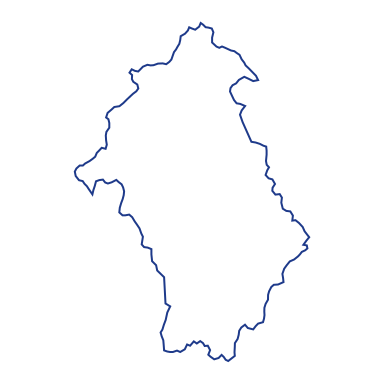 Amparo, São Paulo, Brazil (Robinson projection)
{"feature_id": "56859067B40101041849394", "entity_name": "Amparo", "entity_type": "district", "adm_level": 2, "iso_a3": "BRA", "parent_name": "Brazil", "parent_adm1": "São Paulo", "projection": "robinson", "projection_center": [-46.803, -22.697], "detail": "fine", "context": "isolated", "style": "outline", "palette": "blue", "viewbox_px": 384, "rotation_deg": 0, "n_neighbors": 0, "source": "geoboundaries", "source_scale": "gbopen_adm2", "svg_char_len": 3039}
<svg xmlns="http://www.w3.org/2000/svg" viewBox="0 0 384 384"><path d="M266.2,146.6L263.4,145.7L259.9,143.9L255.6,142.5L251.4,141.8L242.6,122.1L240.0,114.7L241.7,110.4L245.1,106.0L240.2,103.9L236.6,103.3L234.0,100.0L232.1,96.0L230.0,91.5L230.5,88.1L232.6,85.2L236.1,83.4L238.9,79.9L244.3,76.8L248.6,78.8L253.2,81.1L258.1,80.1L256.0,75.8L248.8,68.4L245.6,65.4L244.2,62.6L241.7,59.4L239.5,54.8L236.6,52.9L234.4,51.2L231.0,50.5L228.2,49.2L224.7,47.6L222.0,46.5L219.3,47.8L216.5,46.6L212.1,42.5L212.1,37.6L213.4,32.3L211.8,28.5L208.4,27.6L205.6,27.2L203.1,24.7L200.7,23.0L199.2,26.6L195.2,29.7L191.9,28.5L189.2,27.3L187.9,30.5L185.0,33.7L180.7,36.2L180.2,40.2L179.3,43.9L177.6,46.6L176.0,49.5L174.0,52.1L171.4,59.5L169.3,61.9L166.2,64.2L162.7,63.4L158.0,63.6L153.5,65.2L150.6,65.4L147.4,64.8L142.9,66.7L140.3,69.4L138.2,71.5L135.0,70.9L131.7,69.3L129.5,72.7L132.1,75.0L131.9,79.1L133.3,81.8L137.3,84.5L138.3,88.5L136.3,91.3L133.1,93.7L130.4,96.2L127.2,99.2L123.3,103.1L119.4,106.2L114.3,107.0L111.5,109.6L107.6,112.9L106.1,117.5L108.4,119.2L109.3,123.0L109.3,127.7L106.4,131.9L105.8,135.5L106.1,140.4L106.8,144.7L105.6,148.8L101.7,147.8L98.9,150.8L96.8,152.9L95.2,156.7L92.7,158.8L89.5,161.1L85.1,163.5L82.9,165.5L79.7,165.5L76.4,168.5L74.8,171.6L75.7,176.0L79.0,180.2L82.7,181.1L84.5,183.8L86.9,186.2L88.9,189.3L92.4,194.4L93.4,190.1L94.8,185.9L96.0,181.3L99.3,180.1L102.9,179.6L105.2,182.5L107.9,183.5L111.7,182.3L116.3,179.9L118.7,182.1L121.6,184.3L123.1,187.4L124.1,191.3L123.7,195.2L122.7,199.0L121.2,203.0L119.8,207.7L119.3,212.4L122.5,215.3L125.4,215.3L129.2,214.6L132.2,217.2L134.7,221.4L136.9,224.5L139.5,228.4L141.3,233.5L142.9,236.7L141.7,244.4L144.1,247.1L147.7,247.6L151.4,249.1L151.4,254.4L152.1,261.2L156.1,265.2L157.2,270.5L164.1,277.2L165.5,303.5L170.2,306.4L167.3,312.5L165.7,319.9L163.9,324.7L162.4,329.6L160.6,332.5L161.7,336.3L163.3,340.3L163.7,345.0L164.1,350.4L167.2,351.5L170.1,352.0L172.9,352.0L177.0,350.6L180.2,352.0L184.8,349.3L187.1,344.5L190.1,345.7L193.8,341.4L196.8,343.5L200.2,341.1L203.0,343.1L204.7,346.0L207.8,345.7L210.1,350.1L208.3,354.7L210.4,356.6L214.2,359.3L218.6,358.0L221.6,354.9L223.7,356.9L225.7,359.8L228.2,361.0L231.7,358.3L234.8,355.9L234.5,352.3L234.8,346.5L234.9,343.1L237.6,339.0L238.7,334.8L239.2,330.8L241.3,327.5L245.0,324.7L247.8,328.0L253.2,329.4L255.7,326.1L258.1,323.6L263.0,322.2L264.0,318.7L264.5,315.1L264.3,311.7L264.4,307.8L265.6,303.9L268.0,299.7L268.1,294.8L269.1,291.3L271.3,287.0L273.8,284.8L278.1,284.5L283.5,282.1L283.1,278.2L282.4,273.9L284.2,268.7L286.8,265.1L289.8,261.4L294.1,259.5L298.0,256.4L299.9,254.4L301.8,251.9L305.2,250.3L307.4,248.4L306.8,245.4L303.4,244.8L306.5,240.5L309.2,237.2L307.3,234.8L304.6,231.3L302.7,227.0L299.0,223.0L295.5,220.2L292.3,220.6L292.9,215.6L290.3,211.4L286.3,210.9L282.8,208.7L281.3,202.7L281.9,197.6L279.7,194.1L275.4,194.6L272.3,190.8L272.6,187.7L275.0,184.0L272.4,179.4L268.6,178.3L265.6,175.0L267.2,170.4L269.0,167.3L266.7,164.8L266.0,161.0L266.6,154.7L266.6,150.7L266.2,146.6Z" fill="none" stroke="#1e3a8a" stroke-width="2"/></svg>